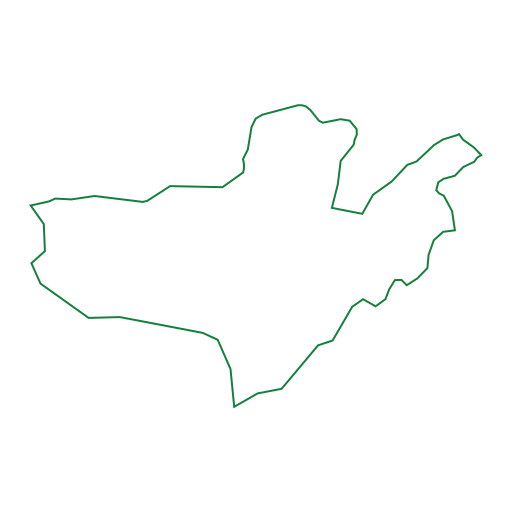 the border of Nógrád
{"feature_id": "HUN-3166", "entity_name": "Nógrád", "entity_type": "County", "adm_level": 1, "iso_a3": "HUN", "parent_name": "Hungary", "parent_adm1": "", "projection": "mercator", "projection_center": [19.65, 47.967], "detail": "fine", "context": "isolated", "style": "outline", "palette": "green", "viewbox_px": 512, "rotation_deg": 0, "n_neighbors": 0, "source": "natural_earth", "source_scale": "10m", "svg_char_len": 1184}
<svg xmlns="http://www.w3.org/2000/svg" viewBox="0 0 512 512"><path d="M407.3,164.9L416.5,161.5L434.0,145.1L442.9,139.5L457.7,134.9L459.0,134.1L463.0,139.6L473.8,147.4L481.3,155.1L477.3,157.5L474.2,161.8L463.3,167.0L454.8,175.8L443.6,178.8L438.3,182.3L436.3,190.1L439.1,193.4L443.8,195.7L452.1,211.2L454.9,230.3L443.2,231.8L433.8,240.2L428.6,254.8L427.4,268.1L417.4,278.4L406.7,285.2L401.5,279.9L394.9,280.1L389.4,289.0L385.4,299.2L375.6,306.3L363.0,299.2L352.2,306.8L332.6,340.5L318.1,345.3L281.6,388.8L257.6,393.4L234.2,406.8L230.5,369.0L217.7,339.8L202.7,332.9L119.9,317.1L88.6,317.9L40.5,283.6L31.4,263.2L44.9,251.1L43.8,224.1L30.7,205.5L49.4,201.3L55.1,198.6L63.8,199.0L71.4,199.4L94.6,196.0L142.7,201.9L147.0,201.0L170.1,186.1L222.5,187.2L243.2,172.4L243.8,169.4L244.0,166.4L243.8,163.2L243.2,160.0L243.1,159.6L243.0,159.3L243.1,159.0L243.2,158.7L247.8,149.6L251.5,127.1L255.7,118.6L262.4,114.7L298.1,105.2L302.2,105.3L306.1,106.5L310.5,110.2L318.9,120.7L322.8,122.7L340.6,119.2L349.7,120.7L356.6,129.1L356.8,134.8L354.6,139.8L353.7,144.7L340.7,160.9L337.8,184.4L331.9,207.9L362.3,213.8L373.1,194.7L391.7,181.5L407.3,164.9Z" fill="none" stroke="#15803d" stroke-width="2"/></svg>